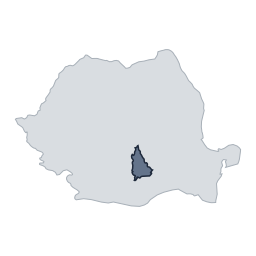 Dâmbovita on a map of Romania (Albers equal-area conic projection)
{"feature_id": "ROU-130", "entity_name": "Dâmbovita", "entity_type": "County", "adm_level": 1, "iso_a3": "ROU", "parent_name": "Romania", "parent_adm1": "", "projection": "albers", "projection_center": [25.479, 44.942], "detail": "fine", "context": "in_parent", "style": "filled", "palette": "slate", "viewbox_px": 256, "rotation_deg": 0, "n_neighbors": 0, "source": "natural_earth", "source_scale": "10m", "svg_char_len": 5202}
<svg xmlns="http://www.w3.org/2000/svg" viewBox="0 0 256 256"><path d="M204.6,144.6L207.2,148.0L210.5,149.8L218.0,151.5L218.7,151.2L218.7,150.9L218.2,150.4L218.1,149.7L218.4,148.9L219.4,148.8L221.1,149.5L224.3,148.3L228.8,145.3L233.1,144.5L237.1,146.0L239.3,147.8L240.6,149.6L240.4,151.9L240.2,153.3L239.4,159.2L238.8,161.4L237.8,163.9L225.6,167.4L226.4,166.0L226.0,163.5L225.4,161.7L226.4,160.0L223.6,159.5L222.5,160.5L221.6,162.1L222.6,165.8L221.3,167.9L220.9,169.1L220.9,171.8L220.2,173.0L220.1,174.3L222.0,173.8L221.2,176.2L217.7,180.9L216.5,183.6L217.2,194.2L215.8,200.6L215.7,202.5L211.8,202.7L210.6,202.6L206.8,201.8L202.5,200.2L199.9,197.0L198.2,194.7L194.7,195.9L194.0,195.6L193.0,194.5L190.3,193.8L186.9,193.9L179.4,189.8L178.5,189.1L172.7,189.9L163.9,192.2L157.3,194.9L150.4,199.6L147.6,203.1L144.3,205.0L139.6,206.4L131.3,205.9L122.6,204.0L113.4,202.0L108.3,203.0L101.5,202.1L91.3,199.6L83.7,198.7L76.2,199.8L74.9,198.8L74.7,197.6L75.1,195.9L76.2,194.6L78.0,193.7L79.0,192.7L79.1,191.6L77.1,189.9L73.0,187.4L71.4,185.9L71.0,185.5L70.9,184.2L70.1,183.2L68.5,182.4L67.3,181.0L66.5,179.0L66.7,177.2L68.1,175.5L69.7,174.8L71.6,175.1L72.5,174.6L72.2,173.4L70.3,171.8L66.9,169.8L63.3,170.7L59.5,174.5L56.9,175.0L55.4,172.3L52.6,170.6L48.5,169.9L46.0,168.7L45.2,167.2L43.4,165.9L39.6,164.5L39.6,163.3L40.2,163.0L41.6,163.0L43.5,162.8L43.8,162.1L43.9,161.5L42.5,160.7L41.0,160.1L40.2,159.5L39.8,158.9L39.7,158.2L40.2,157.8L40.8,157.8L41.4,157.5L41.8,156.1L42.6,154.9L43.2,154.5L43.2,153.7L42.7,152.8L41.9,152.1L40.7,151.6L37.1,150.2L35.3,148.3L34.1,148.2L32.4,147.2L30.5,145.6L28.9,143.4L27.1,141.9L26.7,141.3L26.7,140.7L27.1,140.2L27.1,139.5L26.7,137.4L27.2,135.2L27.2,133.2L27.2,132.2L26.9,131.9L26.6,132.2L26.1,132.6L25.7,132.6L24.4,131.1L22.9,127.9L21.8,126.8L19.6,125.3L17.8,124.0L16.6,121.3L15.4,119.3L16.3,118.5L21.8,117.7L24.2,119.0L25.3,118.6L26.5,117.7L27.1,117.0L27.3,116.3L27.9,115.3L29.7,115.0L34.5,115.8L36.5,114.6L37.2,113.9L37.7,112.2L38.3,110.9L40.1,110.3L40.1,109.1L39.9,107.8L41.0,104.9L41.7,103.7L42.7,103.3L43.9,102.5L46.0,100.6L45.6,99.0L46.1,97.7L48.3,94.8L50.1,92.0L50.1,90.5L50.4,89.3L51.9,87.9L53.4,86.2L55.6,80.6L56.4,79.7L57.7,78.7L58.7,77.6L58.9,73.9L59.9,72.9L61.6,71.7L63.4,69.9L64.8,67.6L65.9,66.6L67.3,66.4L68.9,65.5L70.6,65.3L72.2,65.8L73.3,65.6L74.9,64.5L79.0,60.4L79.6,59.6L80.5,59.1L83.8,57.7L84.6,56.3L85.8,55.0L87.2,55.2L91.8,58.5L96.9,58.4L97.8,58.6L98.1,58.6L98.7,58.9L105.4,60.6L106.4,60.5L106.7,60.4L109.4,61.7L111.8,61.6L114.0,60.7L116.4,60.4L118.6,61.0L120.2,62.9L124.5,66.9L125.7,68.3L127.7,68.1L129.9,67.4L132.1,64.8L138.8,61.8L144.0,61.1L149.0,59.8L154.8,59.0L156.5,56.5L157.4,54.8L158.0,51.7L161.1,50.8L164.1,50.1L165.1,49.7L167.3,49.6L168.9,49.8L171.6,51.3L173.4,53.2L174.2,54.7L175.8,56.8L177.5,59.8L179.3,63.7L179.8,65.7L180.5,67.9L181.9,70.6L184.6,73.4L185.0,74.0L186.2,76.0L188.6,80.6L190.5,82.4L192.2,84.3L193.1,86.3L194.3,88.1L197.2,90.5L199.6,92.6L201.6,98.9L203.0,101.8L203.9,104.0L203.6,108.5L204.2,110.5L203.3,114.0L201.6,121.2L201.3,126.9L201.7,129.9L201.9,131.9L202.4,133.1L202.9,135.7L203.1,137.9L202.4,138.6L201.5,139.2L201.1,139.6L202.1,140.6L203.3,142.5L204.6,144.6Z" fill="#d9dde1" stroke="#a8b0b8" stroke-width="1"/><path d="M152.5,170.0L151.9,170.7L151.6,170.9L151.4,171.3L151.4,171.6L151.2,171.8L150.7,172.2L150.6,172.4L150.6,172.6L150.7,172.8L151.5,173.1L151.6,173.4L151.5,173.7L151.3,174.0L150.1,175.4L149.6,175.9L142.1,176.3L141.4,176.5L140.9,176.8L140.7,177.1L140.0,177.9L139.4,177.9L138.0,177.2L137.5,177.1L137.2,177.2L137.0,177.3L137.0,177.5L137.2,177.9L137.2,178.1L137.1,178.3L136.8,178.6L136.6,178.8L136.3,179.5L136.0,179.9L135.5,180.3L135.1,180.5L134.8,180.5L134.3,180.3L134.8,179.3L134.9,178.7L134.8,178.4L134.7,178.1L134.7,177.8L134.6,177.4L134.8,177.0L135.2,176.2L135.2,175.9L135.1,175.6L134.7,175.4L134.2,175.3L133.9,175.2L133.7,175.1L133.0,174.4L132.8,174.1L132.2,172.8L132.1,172.4L132.2,172.1L132.8,171.8L132.9,171.6L132.6,171.4L132.4,171.2L132.0,170.8L132.0,170.4L132.1,170.0L132.4,169.3L132.5,169.0L132.6,168.6L132.8,165.9L132.8,165.3L132.4,163.5L132.3,162.8L132.4,162.2L132.5,161.9L133.2,161.1L133.3,160.8L133.3,160.5L133.2,160.1L132.9,159.4L132.2,158.6L131.8,158.0L131.6,156.6L131.6,156.0L131.7,155.5L131.9,155.3L132.1,154.7L132.3,154.4L132.5,154.5L132.9,155.1L133.1,155.3L133.3,155.3L133.5,155.3L133.8,155.1L134.0,154.9L134.2,154.5L134.4,154.0L134.6,153.3L134.6,152.5L134.7,151.9L134.9,151.5L135.1,151.1L135.4,150.5L135.6,150.1L135.7,149.5L135.7,149.1L135.6,148.8L135.5,148.5L135.1,147.8L136.6,147.4L137.0,146.9L137.1,146.5L137.3,146.1L137.5,145.9L138.0,145.6L138.4,147.8L138.6,149.3L138.7,149.7L138.9,150.0L139.1,150.2L139.3,150.4L139.6,150.5L139.8,150.8L140.1,151.3L140.3,151.7L140.3,152.0L140.3,152.3L140.3,153.0L140.3,153.4L140.7,154.1L140.9,154.3L141.1,154.6L141.4,155.0L142.7,157.6L143.8,158.7L143.9,159.1L144.1,159.4L144.2,160.9L144.4,161.7L144.6,162.2L144.8,162.5L145.0,162.8L145.3,162.9L145.6,163.0L145.8,163.0L146.1,162.9L146.3,162.8L146.5,162.8L146.9,163.2L147.3,163.7L147.4,164.2L147.4,164.7L147.3,165.2L147.3,165.7L147.4,166.3L147.6,166.6L147.8,166.8L149.0,167.0L149.3,167.1L149.7,167.3L151.4,169.4L151.7,169.6L152.2,169.9L152.5,170.0Z" fill="#64748b" stroke="#1e293b" stroke-width="1.5"/></svg>